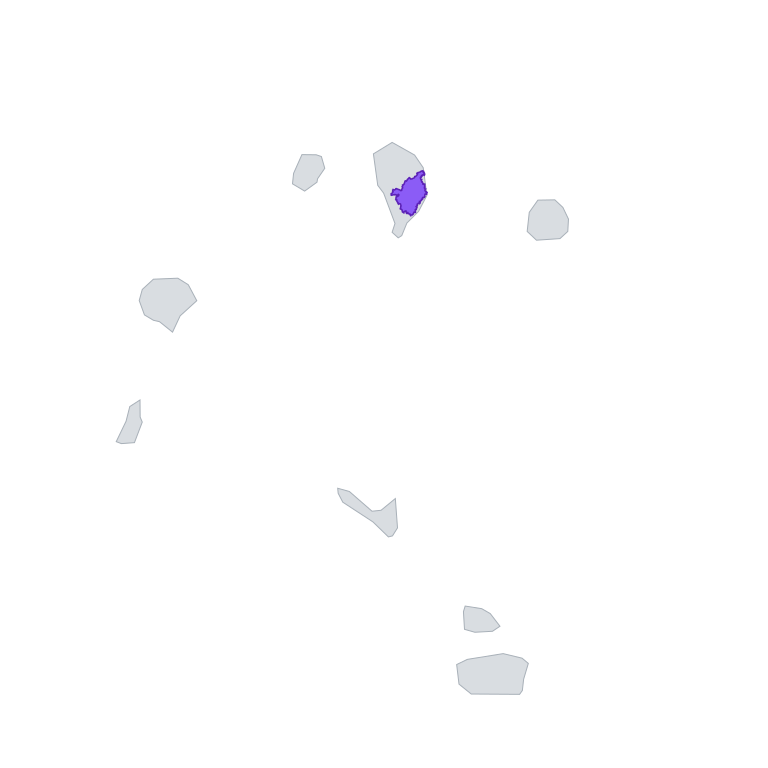 location of Santa Catarina, Santa Catarina, Cabo Verde, rotated 206°
{"feature_id": "66160863B9089914822408", "entity_name": "Santa Catarina", "entity_type": "district", "adm_level": 2, "iso_a3": "CPV", "parent_name": "Cabo Verde", "parent_adm1": "Santa Catarina", "projection": "mercator", "projection_center": [-23.734, 15.091], "detail": "fine", "context": "in_parent", "style": "filled", "palette": "violet", "viewbox_px": 768, "rotation_deg": 206, "n_neighbors": 0, "source": "geoboundaries", "source_scale": "gbopen_adm2", "svg_char_len": 6624}
<svg xmlns="http://www.w3.org/2000/svg" viewBox="0 0 768 768"><g transform="rotate(206 384 384)"><path d="M494.4,586.2L482.6,604.7L456.9,603.2L443.6,595.6L428.1,572.3L428.6,554.3L434.0,538.7L433.1,525.2L435.3,521.6L443.2,523.9L444.5,533.1L468.0,555.4L476.7,559.8L494.4,586.2ZM158.7,193.9L139.7,198.1L131.8,196.1L129.1,179.9L125.3,169.2L126.1,164.5L169.7,143.6L185.0,147.1L195.7,163.7L188.4,173.0L158.7,193.9ZM596.8,337.9L613.1,341.6L619.2,340.2L629.6,341.1L640.6,351.7L642.7,363.0L637.2,377.1L615.7,388.7L603.4,387.4L588.8,376.8L597.1,355.9L596.8,337.9ZM326.3,616.7L311.2,624.4L300.6,621.1L290.5,613.1L285.7,601.7L289.6,591.8L310.0,580.1L322.2,583.9L328.7,602.0L326.3,616.7ZM369.2,259.7L377.3,265.7L379.9,270.0L368.0,272.2L339.0,264.4L331.3,269.2L323.6,286.0L308.8,260.6L309.8,251.2L313.0,248.5L333.5,255.2L369.2,259.7ZM545.4,560.3L540.0,561.0L531.8,551.9L533.7,539.3L532.7,536.0L539.9,522.6L554.0,523.8L557.6,533.7L558.3,554.2L545.4,560.3ZM213.7,220.0L197.7,224.9L187.8,224.2L173.6,217.1L178.1,209.3L193.5,200.7L204.1,198.8L212.8,214.2L213.7,220.0ZM602.6,252.3L596.3,262.7L588.7,247.4L584.6,243.8L582.6,221.9L593.9,215.3L599.4,214.8L599.5,237.5L602.6,252.3Z" fill="#d9dde1" stroke="#a8b0b8" stroke-width="1"/><path d="M446.4,549.1L446.2,548.5L445.9,548.4L445.0,548.7L444.5,548.6L444.1,548.2L443.9,548.2L443.7,548.0L443.7,547.7L443.0,547.3L443.0,547.0L442.7,547.0L442.6,546.7L442.1,546.9L441.6,546.5L441.3,546.5L441.6,547.1L441.4,547.1L441.2,547.6L441.0,547.9L441.0,548.5L440.6,548.9L440.4,549.0L440.4,548.9L440.1,549.0L439.7,548.6L439.4,548.5L439.5,548.4L439.2,548.4L439.3,548.2L439.1,548.1L439.2,547.9L439.0,547.6L438.7,547.7L438.7,547.4L438.4,547.2L437.9,547.5L437.7,548.1L437.5,548.4L437.3,548.2L437.2,547.9L436.9,547.7L436.3,547.9L436.1,547.8L435.7,547.8L435.5,548.1L435.2,548.2L434.9,548.1L434.7,547.6L434.4,547.7L434.1,547.4L434.0,547.0L433.8,546.9L433.7,546.9L433.7,547.2L433.8,547.4L433.6,547.9L433.0,548.2L432.9,548.5L432.7,548.4L432.3,549.2L432.2,549.7L432.3,549.7L432.2,550.0L432.4,550.3L432.3,551.1L432.4,551.3L432.4,551.6L432.2,551.7L431.6,552.1L431.4,552.2L431.2,551.9L430.9,552.0L431.0,552.2L431.3,552.4L431.3,552.5L431.6,552.7L431.6,552.9L431.5,553.0L431.7,553.5L431.9,553.6L431.9,553.9L432.3,554.4L432.2,554.5L431.5,555.0L431.9,555.7L431.9,555.9L431.7,555.9L431.9,556.8L431.7,556.9L431.7,557.1L431.8,557.3L432.2,557.2L432.4,557.4L432.7,557.4L432.9,557.5L432.7,557.9L432.8,557.9L432.8,558.1L432.7,558.2L432.7,558.4L432.2,558.8L432.2,559.1L432.5,559.7L432.6,559.8L432.8,559.7L432.9,559.8L433.0,560.3L432.6,560.8L432.5,561.4L432.0,561.9L431.8,562.1L431.6,561.9L431.6,562.0L431.2,562.0L431.2,562.4L430.9,562.5L431.0,562.8L431.2,562.7L431.7,562.9L431.8,563.0L431.6,563.1L431.8,563.4L431.5,563.4L431.3,563.7L431.3,564.2L431.5,564.5L431.4,564.6L431.3,564.8L431.1,564.9L431.1,565.2L430.9,565.6L431.0,565.8L430.8,565.8L430.9,566.2L431.0,566.4L430.9,566.5L431.0,566.5L430.9,567.1L431.0,567.6L430.8,567.7L430.9,567.9L430.8,568.0L431.0,568.1L431.0,568.4L431.0,568.6L430.7,568.8L430.2,569.0L429.9,569.1L429.8,569.3L429.5,569.3L429.4,569.5L429.7,569.9L429.5,570.1L429.4,570.6L429.8,570.9L429.8,571.1L430.2,571.8L430.3,572.0L430.2,572.2L430.3,572.4L430.3,572.8L429.8,573.1L429.0,573.0L428.8,573.3L429.1,574.1L429.4,574.3L429.4,574.7L429.2,574.9L429.2,575.1L429.8,575.3L429.9,574.9L430.4,574.8L430.5,574.9L430.4,575.0L430.6,575.3L431.1,575.6L431.4,575.5L431.8,575.6L431.9,575.8L431.7,575.9L431.9,575.8L432.1,576.0L432.2,576.6L432.3,577.2L432.3,577.3L432.5,577.4L432.4,577.5L432.5,577.5L432.9,577.4L433.2,577.8L433.4,577.8L433.4,578.5L433.6,578.5L433.6,578.8L434.0,578.8L434.0,579.0L434.0,579.7L434.2,579.8L434.2,580.0L434.4,580.2L434.4,580.3L434.8,580.8L434.8,581.2L434.9,581.3L435.0,581.3L435.0,581.5L435.3,581.5L435.5,581.3L435.8,581.3L435.8,580.9L436.1,580.6L436.8,580.7L437.1,581.5L437.3,581.6L437.5,581.9L437.7,582.0L437.9,582.3L438.2,582.5L438.5,582.2L438.6,582.4L439.1,582.6L439.3,582.8L439.3,583.1L439.5,583.4L440.0,583.5L440.3,583.8L440.2,584.0L440.4,583.9L440.7,584.1L440.9,584.3L440.9,584.5L440.8,584.8L440.9,584.6L441.1,584.6L441.2,584.8L441.2,585.0L441.4,584.9L441.7,585.3L441.8,585.6L441.7,585.7L441.7,586.1L441.1,586.4L441.1,586.7L441.3,586.7L441.3,586.9L441.5,586.9L441.7,587.2L441.5,588.1L441.2,588.1L441.3,588.3L441.2,588.4L440.7,588.3L440.6,588.6L440.8,588.7L440.7,589.3L440.3,589.4L439.9,589.4L439.8,589.5L439.6,589.4L439.6,589.6L439.3,589.7L439.2,589.7L439.2,589.8L439.4,590.1L439.4,590.6L440.1,590.8L440.1,590.6L440.3,591.0L440.5,591.0L440.5,591.3L440.8,591.4L440.7,591.6L441.1,591.7L441.5,591.6L441.8,591.6L442.3,591.9L442.4,592.4L442.3,592.5L442.5,592.5L443.2,592.4L443.5,591.7L444.0,591.5L444.0,591.2L444.6,590.2L445.0,590.0L445.6,589.2L446.0,589.1L446.2,588.9L446.2,588.6L446.4,588.6L446.8,588.1L446.7,587.4L446.1,587.4L445.9,587.3L445.9,586.1L446.5,584.7L446.8,584.3L446.8,584.1L447.4,583.9L447.2,583.2L447.2,582.5L448.5,581.1L448.7,580.6L449.4,580.2L449.7,580.2L449.8,580.0L450.1,580.2L450.4,580.1L451.0,580.3L451.2,580.6L451.8,580.6L452.0,580.1L452.0,579.6L452.3,578.8L452.6,578.5L452.7,577.4L452.6,577.2L452.7,576.7L452.7,576.3L453.1,576.3L453.8,575.9L454.1,575.9L454.5,575.7L454.4,575.7L454.0,575.3L453.8,574.7L453.8,574.0L453.7,573.7L453.8,573.3L453.6,572.1L453.8,571.6L454.0,571.6L454.6,571.0L454.1,570.2L454.1,569.8L453.8,569.4L454.0,569.2L453.6,569.0L453.5,568.4L453.2,568.3L453.4,567.4L453.3,566.9L453.3,566.5L453.0,566.1L453.0,565.9L453.3,565.7L453.6,565.7L453.7,565.4L453.6,565.2L453.8,565.1L455.2,565.4L456.1,565.3L456.3,565.1L457.1,565.2L457.5,565.1L458.0,565.1L458.2,564.9L458.4,565.0L458.8,565.0L459.0,564.7L458.9,564.5L459.1,563.8L459.3,563.6L459.6,563.0L460.3,562.9L460.9,562.9L461.1,562.8L460.8,562.4L461.1,562.0L460.9,561.8L460.8,561.0L460.1,560.8L460.2,559.5L460.5,558.9L460.9,558.6L461.0,558.3L461.0,558.0L460.6,557.7L460.5,557.0L460.3,556.9L460.1,557.0L459.7,557.0L458.9,558.0L458.5,558.1L458.2,558.4L457.8,558.4L457.5,558.9L457.3,558.9L457.2,559.1L456.2,559.4L456.1,559.1L454.9,559.0L454.7,559.3L454.6,559.7L454.4,559.4L454.1,559.7L454.0,560.7L453.6,560.6L453.4,559.7L453.5,559.4L453.9,558.8L454.7,558.2L454.7,557.8L455.1,557.6L455.1,557.4L454.8,557.3L455.0,557.0L454.6,556.3L454.5,555.2L454.1,555.1L454.0,554.9L453.8,555.1L453.6,555.1L453.3,555.1L453.3,554.8L453.0,554.7L452.7,554.1L452.5,553.9L452.3,553.8L452.3,553.7L451.6,553.3L451.0,553.3L450.9,552.9L450.9,552.7L450.4,552.5L450.3,552.2L450.1,552.2L449.6,552.0L449.4,552.5L448.9,553.0L448.7,553.1L448.0,553.0L447.7,552.5L447.5,552.4L447.3,552.0L447.1,551.9L446.9,551.6L446.7,551.5L446.8,550.9L446.6,550.6L446.6,550.3L446.4,550.0L446.3,549.5L446.4,549.1Z" fill="#8b5cf6" stroke="#5b21b6" stroke-width="1.5"/></g></svg>